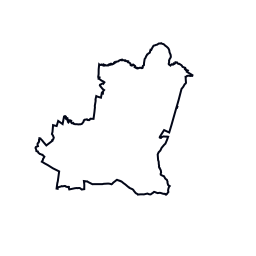 Tibana, Iasi, Romania, rotated 123°
{"feature_id": "2599482B79460431929745", "entity_name": "Tibana", "entity_type": "district", "adm_level": 2, "iso_a3": "ROU", "parent_name": "Romania", "parent_adm1": "Iasi", "projection": "equal_earth", "projection_center": [27.326, 46.993], "detail": "fine", "context": "isolated", "style": "outline", "palette": "ink", "viewbox_px": 256, "rotation_deg": 123, "n_neighbors": 0, "source": "geoboundaries", "source_scale": "gbopen_adm2", "svg_char_len": 5751}
<svg xmlns="http://www.w3.org/2000/svg" viewBox="0 0 256 256"><g transform="rotate(123 128 128)"><path d="M217.7,154.9L217.3,153.9L216.0,154.6L215.6,154.2L213.6,152.4L212.9,152.0L212.7,151.3L211.0,149.4L210.8,148.8L211.0,148.4L210.6,146.8L209.9,146.1L209.6,145.5L210.8,144.7L211.5,143.8L207.4,139.7L206.2,138.2L206.0,137.6L205.6,137.2L204.8,136.1L204.6,135.4L204.8,133.3L203.1,131.4L199.3,133.8L196.5,136.1L195.9,134.9L195.9,134.4L195.6,134.2L195.3,133.5L195.0,133.2L195.0,131.7L194.5,127.2L193.7,126.1L189.0,118.9L188.0,117.9L185.3,114.2L184.6,112.7L184.2,111.2L183.6,110.9L181.8,110.6L179.0,109.6L177.6,109.2L177.3,108.7L177.2,108.2L177.3,107.9L177.0,106.9L176.8,106.6L176.7,106.1L176.8,105.8L176.5,105.2L176.6,104.5L176.4,104.2L176.7,101.8L176.8,99.5L177.2,96.4L177.3,95.6L177.2,95.0L177.4,94.7L177.4,93.9L176.9,90.8L177.1,89.7L177.5,88.9L178.3,86.4L178.4,85.8L178.2,83.6L178.4,83.4L176.6,81.1L175.0,78.5L172.4,76.0L172.3,75.6L172.3,75.2L172.0,74.0L171.4,72.9L171.1,72.7L170.0,72.4L169.5,72.0L167.4,71.4L167.2,71.0L166.5,67.7L165.2,66.3L164.7,65.3L164.1,63.0L163.9,62.4L163.3,61.6L162.9,60.5L163.3,60.5L163.3,60.0L163.1,59.7L161.9,59.4L160.1,59.4L159.7,59.3L158.5,60.4L157.1,61.0L155.3,61.5L154.0,61.4L154.0,63.1L153.7,63.6L152.4,65.1L151.6,65.5L150.3,67.2L150.3,68.1L150.1,69.3L149.5,70.3L148.9,71.7L149.0,71.8L149.3,74.1L149.3,75.1L149.1,75.3L148.8,75.6L147.3,76.0L145.9,77.2L145.1,78.3L145.0,78.7L144.3,79.6L144.4,79.9L143.7,80.9L142.8,81.3L141.4,82.6L139.7,83.8L138.9,84.7L138.6,85.2L134.0,88.7L131.7,89.1L129.3,88.6L126.3,89.0L122.3,88.5L120.8,88.1L116.8,88.8L113.5,89.6L113.9,90.5L115.1,92.4L115.7,93.6L117.7,95.1L118.4,95.0L118.7,95.7L118.7,96.2L118.0,96.5L110.1,96.6L109.3,91.0L101.7,93.2L84.6,98.5L84.4,97.9L83.5,98.1L83.8,98.7L76.6,100.9L66.1,104.4L63.4,104.1L60.5,104.3L59.2,103.9L58.5,104.0L53.7,107.6L53.3,107.1L52.3,106.9L51.3,106.0L50.5,104.3L49.3,102.5L48.6,102.7L48.8,109.1L47.2,109.1L47.4,110.2L47.7,110.1L47.9,110.2L48.1,110.7L47.7,111.5L47.7,112.1L47.6,112.4L47.3,112.5L46.7,112.3L46.4,112.8L47.0,115.5L46.9,115.8L46.3,117.0L46.2,117.8L46.3,118.6L46.2,119.2L46.3,120.1L46.6,120.3L46.8,121.0L46.7,121.9L46.3,122.4L47.0,124.0L47.8,123.7L48.8,123.9L49.4,124.3L48.8,124.6L48.8,124.8L49.1,124.9L50.5,124.9L50.9,126.2L52.5,126.4L52.4,128.3L52.1,128.8L50.5,129.3L48.9,130.4L48.4,130.4L47.8,130.6L46.5,130.6L45.3,130.7L44.6,131.1L43.4,132.1L41.9,134.4L40.4,135.7L39.5,137.0L39.1,137.9L38.7,140.1L38.7,141.4L38.3,143.4L38.4,144.2L38.8,145.2L38.8,146.4L39.7,147.0L40.1,147.9L40.4,148.2L42.3,149.0L43.2,149.9L44.1,150.5L44.8,151.2L45.2,151.4L47.8,151.3L49.9,151.0L50.1,151.7L51.9,151.2L52.3,150.9L53.1,150.8L54.7,151.6L55.8,151.7L56.0,152.0L57.4,151.8L57.9,151.9L59.6,151.5L61.1,151.6L64.9,149.9L66.5,148.9L67.2,149.0L67.7,149.3L68.6,149.2L69.0,148.7L69.6,148.5L69.9,148.6L70.4,149.2L70.7,150.4L70.9,150.8L72.8,152.3L72.9,152.6L72.5,152.9L72.6,153.1L72.9,153.2L73.2,153.4L73.3,154.9L73.0,155.0L73.2,155.5L72.2,155.7L72.1,155.9L72.2,156.4L72.2,156.8L72.0,157.0L72.0,158.3L72.8,158.5L73.1,158.4L73.6,158.8L73.8,159.4L73.8,159.9L73.2,160.0L73.0,161.0L72.6,161.3L72.5,162.2L72.5,162.8L72.9,163.7L72.8,164.1L72.7,164.3L72.0,164.4L72.1,164.7L72.5,165.0L72.9,166.1L73.0,165.8L73.1,166.7L72.7,166.9L72.7,167.2L72.9,167.4L73.3,167.6L73.2,167.8L73.4,168.4L74.5,170.0L74.0,170.3L74.3,170.7L74.9,171.1L75.2,171.5L75.6,171.7L76.1,172.1L77.3,172.4L78.6,173.7L78.9,174.1L79.4,174.0L79.7,174.1L79.9,174.3L79.9,174.5L80.1,174.7L80.3,174.5L80.5,174.7L80.3,175.1L80.6,175.2L80.7,174.8L80.9,174.7L82.1,175.1L83.1,176.0L83.2,176.7L83.7,176.4L83.8,176.6L83.7,176.7L84.0,176.9L84.3,177.1L84.1,177.2L84.4,177.6L84.1,177.8L84.6,178.3L85.2,178.3L85.4,178.8L85.7,178.9L86.5,178.9L86.5,179.3L87.3,180.1L87.6,181.0L87.6,181.4L87.7,181.6L87.8,181.3L88.1,181.3L88.4,181.6L88.6,181.9L88.1,181.9L87.8,182.1L88.0,182.6L88.6,182.8L88.7,183.2L88.4,183.5L89.3,184.0L89.4,184.3L89.2,184.8L89.3,185.0L90.0,185.3L90.4,185.8L90.5,186.3L90.4,186.8L94.7,184.6L98.8,182.0L101.4,180.8L101.1,179.5L102.7,179.5L102.5,178.0L102.7,176.1L102.4,173.8L102.5,172.7L104.2,172.8L104.1,173.1L105.0,173.9L106.1,174.5L106.7,174.6L107.0,175.0L107.5,174.9L108.2,173.5L108.3,172.9L109.1,170.5L109.2,168.7L111.7,169.0L112.1,168.1L112.9,167.8L113.2,168.9L117.3,167.2L118.3,170.6L118.5,172.0L121.8,170.8L122.1,170.4L122.8,170.1L122.9,169.9L127.7,167.8L128.5,167.1L132.6,165.0L139.1,161.9L140.0,163.4L140.3,163.8L140.5,164.4L140.8,164.6L142.2,164.7L142.7,165.0L142.8,165.6L143.3,166.2L143.3,166.8L143.1,167.2L144.1,168.1L144.4,168.7L145.6,169.2L146.8,168.7L149.5,168.9L150.0,169.2L151.0,170.1L151.4,170.9L151.8,171.2L152.6,172.8L153.7,174.5L153.8,175.4L154.1,175.8L154.1,176.1L153.7,176.4L153.6,176.7L154.2,177.0L154.6,177.7L154.6,177.9L154.3,178.5L154.1,178.7L153.9,179.4L153.6,179.5L153.1,179.3L152.9,179.4L152.9,179.9L153.1,180.5L153.1,180.9L154.7,181.1L155.0,180.9L155.8,181.0L155.5,181.9L154.1,182.2L153.8,182.6L153.8,182.8L154.3,183.2L154.2,184.4L152.8,184.2L152.8,184.4L153.3,184.8L153.7,185.6L153.6,186.0L153.4,186.2L152.6,186.2L152.3,186.3L152.3,187.3L153.2,187.9L160.3,185.0L160.1,190.4L165.2,188.9L165.9,190.8L166.4,192.4L172.4,189.2L174.5,188.5L175.1,187.0L176.5,185.0L178.1,184.6L179.5,185.0L179.8,184.4L187.1,187.0L185.9,191.1L185.1,193.4L184.9,194.9L184.5,195.6L184.6,196.2L184.8,196.7L185.3,196.4L185.8,196.4L186.4,196.2L187.7,195.2L188.2,195.3L188.8,195.0L189.3,195.3L190.3,195.3L190.7,195.2L191.5,194.5L192.3,193.6L193.9,194.8L194.3,194.9L195.1,194.7L196.0,193.4L197.3,192.2L196.8,190.8L197.5,189.9L197.8,187.8L197.5,187.2L197.4,185.8L197.0,185.1L197.3,184.4L197.6,182.5L198.6,182.4L200.3,182.4L201.1,182.0L203.2,181.9L203.1,180.5L203.1,178.9L202.8,175.2L202.7,169.0L201.9,162.1L210.6,158.0L211.9,157.5L212.4,157.4L217.7,154.9Z" fill="none" stroke="#020617" stroke-width="2"/></g></svg>